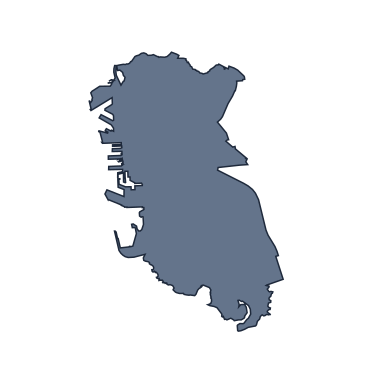 outline of WaitematÄ Local Board Area, Auckland, New Zealand, rotated 250°
{"feature_id": "76426892B73686765097584", "entity_name": "WaitematÄ Local Board Area", "entity_type": "district", "adm_level": 2, "iso_a3": "NZL", "parent_name": "New Zealand", "parent_adm1": "Auckland", "projection": "orthographic", "projection_center": [174.75, -36.855], "detail": "fine", "context": "isolated", "style": "filled", "palette": "slate", "viewbox_px": 384, "rotation_deg": 250, "n_neighbors": 0, "source": "geoboundaries", "source_scale": "gbopen_adm2", "svg_char_len": 6059}
<svg xmlns="http://www.w3.org/2000/svg" viewBox="0 0 384 384"><g transform="rotate(250 192 192)"><path d="M337.3,162.6L334.6,160.8L331.3,159.5L325.5,158.8L323.8,156.8L325.1,154.6L324.5,151.8L325.0,154.4L324.6,155.4L323.6,156.4L323.9,155.2L323.2,154.8L322.6,155.3L322.1,154.4L323.2,150.8L322.8,150.0L323.0,150.9L321.9,154.0L320.8,153.3L319.4,151.4L322.9,141.4L320.9,132.6L319.8,130.8L314.7,130.8L312.9,129.5L312.2,129.5L310.3,126.7L312.5,126.9L312.5,126.5L304.6,125.6L304.4,124.6L303.1,124.9L308.0,149.2L302.1,147.3L301.6,146.6L300.0,138.8L298.6,138.1L292.1,144.1L290.4,144.3L286.3,142.9L286.1,141.9L295.8,133.0L293.4,130.1L282.7,139.1L278.9,140.1L275.9,139.1L277.6,137.4L277.0,136.7L280.8,133.2L279.5,131.5L279.1,131.5L277.0,133.4L276.2,132.8L281.3,125.5L281.0,125.1L280.5,125.1L279.8,126.0L269.2,125.0L269.5,124.2L268.4,124.5L262.6,142.4L260.8,141.8L263.5,133.5L262.1,133.0L259.3,141.7L257.6,141.2L257.5,139.5L259.9,132.0L257.3,130.9L254.2,140.0L251.9,139.3L252.3,138.6L252.1,138.5L251.7,139.2L251.3,139.0L251.6,138.3L251.1,139.0L250.8,138.8L250.7,137.5L254.5,125.7L252.0,124.8L251.4,124.6L248.4,133.6L248.0,133.3L248.1,134.8L247.6,135.1L248.3,135.2L247.7,135.4L247.8,136.6L247.3,136.7L247.5,137.9L246.2,137.5L246.5,136.4L246.2,136.4L246.3,134.8L246.0,134.7L245.8,133.2L245.4,133.4L245.3,135.3L245.6,136.3L245.1,136.5L245.3,137.6L244.1,137.5L244.1,136.8L244.0,137.3L243.2,137.1L243.1,136.3L242.9,137.0L242.4,136.9L242.6,136.3L241.9,136.7L242.4,134.8L241.7,136.6L241.1,136.1L240.7,134.3L244.5,122.5L241.5,121.3L237.0,134.5L234.9,133.8L235.1,130.5L235.3,130.5L235.5,128.8L231.3,127.2L231.2,127.6L233.9,128.5L233.4,134.1L224.8,131.1L223.6,132.4L223.7,132.9L227.9,134.0L228.1,133.3L229.0,133.5L228.8,134.2L234.4,136.1L233.4,138.8L228.0,137.0L227.3,138.9L224.1,137.8L220.2,141.4L219.6,141.2L217.6,147.6L215.9,147.9L215.1,147.5L217.3,140.4L213.7,139.2L214.9,135.6L217.8,136.5L219.6,131.3L224.2,126.1L229.0,127.6L228.7,128.5L229.2,128.7L229.8,126.8L221.7,124.2L217.5,129.0L211.0,126.5L223.1,112.8L219.9,109.5L213.3,110.5L213.5,110.7L203.8,121.4L203.5,121.1L201.2,123.6L200.8,123.5L200.1,125.7L199.7,125.6L195.0,140.3L194.3,140.0L193.8,141.4L192.0,140.8L191.2,136.1L190.5,135.4L187.3,134.5L185.7,135.6L185.9,136.6L185.3,137.5L178.1,135.3L173.8,131.9L173.1,130.0L173.7,128.5L176.2,127.8L178.9,128.2L182.1,125.8L182.3,124.2L178.9,123.7L178.1,126.2L177.6,126.4L171.9,125.5L161.4,117.9L161.6,115.6L162.2,115.2L162.3,114.6L161.9,114.2L164.0,105.5L173.5,106.7L173.6,106.2L174.2,106.2L180.3,107.0L181.6,106.4L181.8,105.8L162.0,103.4L158.8,104.2L156.2,105.5L154.1,107.1L152.3,109.6L150.6,115.2L149.5,126.6L146.7,123.7L144.3,123.3L143.0,124.5L141.4,127.1L140.3,127.9L139.2,127.4L137.8,128.3L137.6,128.9L135.6,130.1L134.3,130.2L132.8,129.5L132.3,128.6L132.7,127.7L131.3,127.4L130.3,127.8L130.0,128.7L130.3,129.7L128.9,130.1L129.1,130.7L127.8,131.4L126.2,131.8L124.6,131.4L124.0,130.5L124.0,129.4L123.3,129.4L122.1,130.7L122.0,131.5L120.9,131.5L120.5,130.7L120.1,130.7L120.2,131.2L119.2,134.1L117.4,134.4L117.3,133.5L116.7,133.6L116.0,135.5L115.4,135.5L115.2,137.0L114.3,136.7L113.9,137.3L112.8,137.8L112.4,139.8L110.7,141.8L108.2,142.3L107.5,142.0L107.0,141.0L106.5,140.8L103.6,142.2L102.6,143.2L100.9,145.6L99.6,149.3L98.5,149.5L97.0,152.0L96.0,154.0L95.9,155.0L93.7,159.1L94.5,160.7L97.9,163.8L99.0,165.9L99.0,166.7L100.1,168.2L99.6,168.5L99.9,168.8L100.3,168.5L100.3,169.3L100.8,169.2L100.7,170.7L96.2,175.7L93.4,176.2L91.1,174.6L90.7,175.0L89.5,174.2L86.5,173.9L86.0,173.4L84.8,173.7L82.6,173.0L80.9,171.6L81.0,171.0L80.6,170.5L80.7,168.3L79.1,169.9L76.9,173.6L74.8,175.9L67.4,178.2L66.4,178.1L65.1,177.4L64.2,177.8L64.4,178.9L61.2,179.0L61.0,180.1L59.9,181.1L60.1,185.3L57.6,187.4L56.6,187.7L55.9,192.1L55.0,194.6L55.6,197.8L56.6,198.9L57.3,198.9L59.7,202.5L65.3,203.6L66.9,203.1L68.7,203.5L68.6,202.2L69.5,199.3L68.1,196.7L69.9,197.8L74.4,198.1L74.2,199.4L72.2,201.1L72.1,202.2L65.9,206.3L61.9,206.7L57.2,205.4L54.0,201.7L53.4,199.8L50.9,195.9L50.8,195.0L52.0,192.0L51.4,189.3L50.9,188.8L46.1,187.5L45.4,188.0L44.9,190.5L45.0,194.5L45.6,198.5L44.4,205.9L45.1,207.1L48.1,209.2L49.5,212.1L51.6,213.6L52.4,215.2L52.5,216.0L51.1,217.0L50.9,218.2L51.4,220.2L50.9,221.3L50.2,221.8L50.1,221.6L50.5,222.8L49.8,224.0L53.2,221.8L54.2,221.9L55.2,223.8L54.9,225.2L56.2,226.0L57.4,224.6L58.8,224.2L61.5,225.9L61.4,228.2L62.9,228.9L64.3,227.7L65.8,228.0L66.5,228.8L67.0,230.3L69.3,231.9L69.4,232.9L70.5,233.8L71.6,232.2L71.6,230.8L72.2,230.2L75.0,229.5L76.2,231.7L77.1,232.2L78.8,229.7L79.0,230.4L78.8,247.8L102.9,248.7L102.7,251.4L107.1,251.6L112.4,251.3L125.3,248.7L130.9,248.5L162.0,251.9L169.1,251.2L173.7,249.7L178.5,246.8L182.6,243.4L203.8,223.5L206.1,224.9L200.9,246.1L198.7,253.7L202.0,252.9L204.3,255.2L204.9,254.9L204.6,254.3L205.3,253.9L205.6,254.5L217.7,247.5L220.1,248.0L220.3,245.6L228.2,241.2L228.9,243.0L228.6,244.3L235.6,244.5L249.0,239.8L250.6,243.8L252.4,246.4L262.7,256.1L268.3,262.9L272.4,266.8L272.3,267.3L276.2,269.9L279.1,271.4L280.9,271.8L279.3,277.5L280.3,278.1L279.9,280.1L282.2,280.6L283.4,280.4L290.9,276.6L294.0,274.0L297.6,269.8L295.3,268.1L297.4,266.1L296.2,264.8L296.6,264.4L297.4,265.2L298.1,264.5L298.5,265.0L303.0,260.9L302.5,260.2L303.0,258.2L301.6,254.8L300.9,251.4L300.5,250.5L299.8,250.1L299.3,247.9L298.7,247.6L299.1,242.8L300.0,242.1L301.2,240.1L303.0,239.5L304.0,238.0L304.7,238.0L305.2,237.0L306.0,236.9L307.2,234.7L309.9,234.5L310.7,233.5L312.1,233.6L313.9,233.0L315.2,233.0L315.2,231.9L317.3,231.8L318.1,231.3L319.0,231.9L319.3,231.7L320.5,229.8L322.6,224.3L324.8,226.4L326.8,224.7L330.4,220.5L329.3,218.7L327.8,215.0L328.0,212.4L329.9,208.1L329.8,207.0L330.8,206.6L331.0,205.9L334.3,202.7L334.4,200.6L335.5,197.2L337.6,196.2L339.2,194.3L339.6,191.8L338.8,189.0L339.0,186.3L338.8,184.7L335.5,180.0L335.3,179.4L335.5,179.0L334.3,177.3L334.2,175.5L334.7,174.4L334.6,173.0L335.5,171.1L336.4,165.8L336.4,164.8L335.6,164.2L331.6,163.7L331.2,165.9L328.1,167.7L325.0,167.4L322.7,168.3L319.6,166.3L319.5,165.3L316.7,161.8L327.6,160.8L330.7,161.5L334.9,163.2L336.6,164.4L337.3,162.6Z" fill="#64748b" stroke="#1e293b" stroke-width="1.5"/></g></svg>